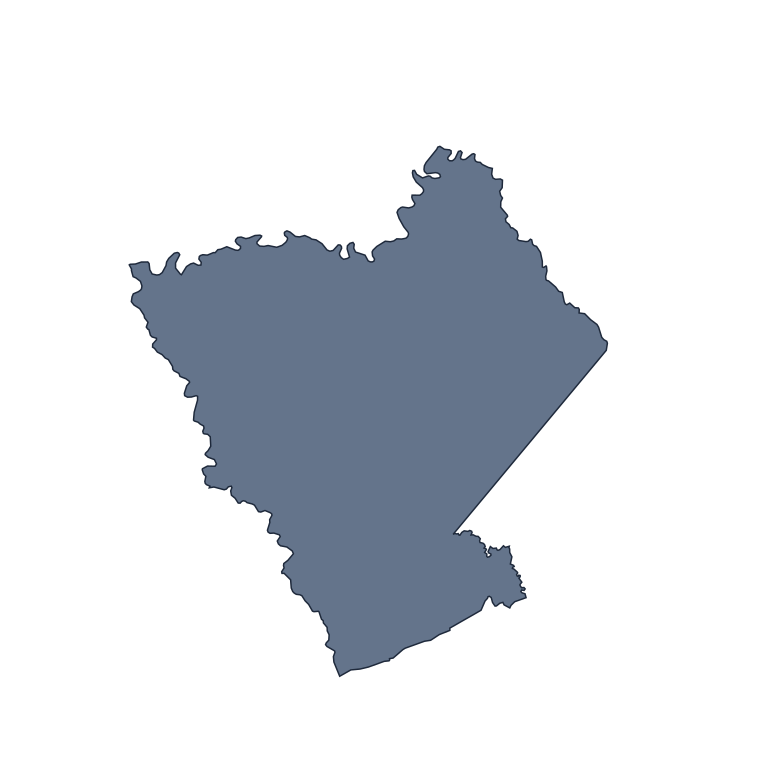 San Carlos De Guaroa, Meta, Colombia (Robinson projection), rotated 230°
{"feature_id": "7082276B46301528303112", "entity_name": "San Carlos De Guaroa", "entity_type": "district", "adm_level": 2, "iso_a3": "COL", "parent_name": "Colombia", "parent_adm1": "Meta", "projection": "robinson", "projection_center": [-73.244, 3.837], "detail": "fine", "context": "isolated", "style": "filled", "palette": "slate", "viewbox_px": 768, "rotation_deg": 230, "n_neighbors": 0, "source": "geoboundaries", "source_scale": "gbopen_adm2", "svg_char_len": 6171}
<svg xmlns="http://www.w3.org/2000/svg" viewBox="0 0 768 768"><g transform="rotate(230 384 384)"><path d="M132.7,357.2L135.3,355.5L137.0,355.4L137.7,357.0L135.8,358.6L136.3,360.4L138.1,360.4L139.6,358.4L142.2,358.7L143.0,359.3L143.6,362.2L148.3,362.5L148.9,364.5L149.8,365.2L150.9,364.3L150.4,363.0L151.5,362.6L152.8,363.1L153.4,365.0L154.2,365.2L158.6,364.6L160.2,363.8L160.9,364.7L160.5,366.4L161.7,366.7L164.9,365.1L169.4,370.9L174.1,372.0L176.8,374.2L178.4,374.6L179.2,375.7L180.8,372.0L183.3,371.5L182.6,366.4L183.3,364.4L184.3,364.0L186.1,364.6L188.0,361.7L191.1,361.0L188.7,356.0L187.4,355.6L185.1,356.6L184.1,355.9L184.0,353.6L184.8,352.0L185.9,351.9L187.7,353.5L190.3,352.8L191.3,356.0L192.3,356.2L194.0,355.2L194.5,357.1L196.5,357.8L198.4,357.5L200.8,355.7L202.4,356.4L203.6,358.3L206.7,358.2L208.4,356.5L211.1,355.4L212.4,353.6L213.6,356.0L214.9,356.5L216.7,355.5L217.1,353.6L220.0,351.0L220.3,348.2L219.4,345.0L219.9,344.4L221.7,344.7L222.3,343.4L224.0,342.1L224.4,340.3L266.9,575.9L271.6,581.3L273.5,582.1L276.6,580.9L279.8,580.8L289.6,584.9L292.7,585.4L300.5,583.6L308.9,582.9L313.0,579.1L315.6,581.5L317.3,581.8L319.8,579.2L326.6,578.3L327.2,575.0L328.7,574.3L331.1,574.9L339.5,579.4L342.8,577.4L348.0,577.8L357.2,576.3L358.9,575.2L359.9,575.2L362.6,577.1L365.9,581.5L369.4,583.9L370.3,584.0L370.6,581.3L371.8,580.5L376.3,584.2L384.2,588.4L391.4,589.3L393.6,587.9L395.5,587.7L399.5,589.8L400.8,589.2L400.6,586.2L401.8,584.3L407.3,579.5L409.3,579.1L411.6,582.2L415.5,584.0L420.8,582.9L422.2,581.6L425.7,582.4L429.9,581.7L432.5,583.2L432.9,586.4L434.0,587.0L444.4,587.0L448.5,590.6L450.3,594.3L453.5,594.6L457.3,596.5L458.4,600.7L464.0,605.8L466.3,604.9L469.1,601.0L471.7,599.9L475.5,601.3L479.5,605.6L482.7,603.2L489.0,600.4L491.9,600.2L493.9,598.2L496.0,597.4L498.5,598.2L501.3,601.2L502.7,600.8L503.5,599.3L503.7,590.9L505.1,588.7L506.9,587.6L508.3,588.1L511.1,592.6L513.4,592.5L514.3,590.5L511.1,583.5L510.9,581.1L511.2,579.6L512.9,577.7L515.3,577.4L516.5,578.6L517.4,583.6L519.5,585.3L521.3,584.7L525.0,581.1L530.1,579.6L530.9,577.5L529.9,575.3L526.6,558.6L525.2,555.2L522.7,552.6L520.8,551.6L517.5,552.0L512.9,559.2L511.2,560.7L508.7,561.5L506.5,560.5L506.5,558.8L508.7,555.1L510.9,553.3L513.5,552.9L514.9,551.7L517.1,546.0L523.6,543.8L528.0,544.7L528.9,543.3L527.5,541.5L523.9,539.5L517.9,538.5L509.7,539.7L507.4,539.2L506.0,537.9L505.4,535.2L505.6,532.8L510.6,526.9L509.2,525.4L507.0,524.4L502.4,523.7L501.3,521.5L501.6,519.2L503.0,516.1L507.6,512.0L508.3,510.4L508.4,507.0L507.1,504.3L501.1,502.0L491.7,500.2L484.6,500.0L483.2,499.3L481.9,497.4L481.5,495.1L481.9,493.9L483.7,490.7L487.0,487.1L487.3,483.4L488.9,480.3L492.6,476.7L494.0,466.9L493.6,461.7L492.8,459.8L489.5,457.6L485.8,457.1L484.6,455.2L485.0,453.6L486.2,452.1L488.5,451.0L494.9,452.3L503.4,447.0L507.5,448.1L510.2,451.0L512.4,451.2L513.7,448.3L513.4,444.8L511.2,442.6L503.4,439.2L503.7,436.7L505.5,433.2L508.3,432.5L511.1,432.8L512.9,434.0L515.2,438.8L516.8,439.8L518.8,439.7L520.0,438.3L519.0,430.9L520.5,427.9L523.3,426.5L531.3,426.7L538.1,424.6L541.5,421.7L543.7,421.2L548.7,418.7L551.0,413.8L554.0,411.0L560.7,409.7L563.7,408.1L564.2,405.9L563.8,404.7L561.7,403.5L558.4,404.1L557.2,403.5L556.3,401.9L555.7,399.9L555.7,395.1L557.7,389.7L564.6,384.2L566.5,380.6L569.6,377.4L573.1,376.9L574.4,377.9L575.5,384.7L576.0,385.4L577.7,384.7L580.7,380.6L582.6,374.5L584.2,371.6L588.4,369.0L590.3,366.1L589.9,363.2L588.9,361.9L585.8,361.5L581.7,362.6L580.1,361.2L580.0,359.2L580.2,358.1L582.0,356.3L590.2,351.8L592.1,345.7L593.7,343.1L593.1,339.1L594.3,337.8L596.3,331.5L599.5,328.3L600.4,326.0L600.4,324.5L598.7,322.5L594.7,322.2L592.8,320.2L594.4,317.9L599.0,315.9L600.3,313.1L600.9,308.2L597.9,299.1L599.0,298.6L606.7,298.8L610.7,302.1L614.3,310.6L616.3,310.9L617.6,310.2L619.0,307.4L618.6,299.9L617.2,295.9L614.8,293.1L611.9,285.7L612.1,282.3L613.5,280.0L617.3,277.1L622.0,278.0L627.3,281.5L629.3,281.5L633.4,276.5L635.7,270.7L638.9,266.5L639.0,265.4L634.4,264.5L633.2,263.4L627.5,260.8L624.6,262.2L619.2,263.4L614.7,261.6L612.8,259.4L612.4,257.9L612.6,255.2L614.2,249.9L612.7,247.0L609.5,243.4L605.3,243.2L598.7,245.3L591.0,244.4L588.6,243.1L583.0,242.9L580.4,238.5L578.0,238.3L576.7,238.8L571.5,236.4L569.1,236.6L565.3,239.1L564.1,238.1L563.3,232.5L561.0,230.4L558.8,231.1L554.1,230.9L549.1,232.9L544.5,233.1L541.3,234.5L533.4,233.3L531.1,231.7L529.1,231.6L524.0,233.7L520.9,232.6L515.2,235.7L511.1,236.6L510.2,236.1L509.4,231.7L505.2,225.1L503.2,223.8L500.2,225.0L497.8,228.1L495.8,232.6L494.4,233.3L491.5,230.8L484.4,220.5L478.8,214.9L477.6,214.9L474.3,217.0L471.4,217.4L467.9,218.8L465.9,217.8L464.3,214.8L462.4,213.9L461.4,214.2L458.8,216.6L455.3,217.0L447.7,211.3L446.0,206.3L445.7,202.7L444.8,201.6L440.9,202.2L435.1,205.5L430.4,204.3L429.6,201.7L434.6,196.0L435.8,190.5L435.1,189.6L431.0,188.0L427.8,188.2L424.5,184.1L422.8,183.2L421.0,183.3L417.6,185.0L416.8,183.4L414.4,187.5L405.7,193.6L404.8,195.7L405.3,198.7L403.9,201.3L402.4,200.9L400.6,197.8L396.8,195.6L392.2,196.5L386.5,195.8L385.2,197.2L385.5,199.5L385.0,201.2L383.2,202.5L381.2,202.8L376.7,206.0L374.4,206.9L366.9,205.8L365.1,207.3L363.6,211.5L358.4,214.2L356.6,214.5L355.4,213.7L353.6,209.2L351.3,207.5L346.9,200.7L345.0,200.0L342.9,200.7L340.6,203.8L335.7,206.9L333.8,206.4L332.3,201.3L329.4,200.3L326.6,200.7L321.6,204.8L315.1,206.4L312.2,205.5L310.7,197.0L310.9,191.9L309.5,190.3L307.3,189.2L306.0,185.0L304.5,184.1L303.1,185.8L294.0,186.6L287.3,181.8L283.7,180.7L281.6,180.8L279.3,181.6L276.6,184.1L274.6,185.0L268.6,184.2L263.6,184.6L256.0,183.2L254.6,184.0L252.1,187.6L251.3,187.8L244.0,184.9L241.8,185.3L239.9,184.0L234.1,184.0L231.3,181.8L227.2,180.8L223.3,177.1L222.8,173.4L221.9,171.7L219.6,171.6L211.3,174.6L210.0,174.0L207.7,170.0L203.2,166.9L188.6,162.2L186.3,174.8L181.0,182.5L177.2,190.1L171.4,205.9L168.7,209.9L169.0,211.0L170.1,211.7L168.2,214.8L168.4,227.7L168.0,230.4L160.9,249.7L157.7,255.0L156.5,265.3L152.9,276.1L154.7,277.5L148.3,312.9L152.8,321.9L153.3,325.5L154.2,326.9L153.7,328.2L151.6,328.9L146.8,326.7L142.5,326.3L141.7,327.5L141.6,331.8L140.3,334.7L137.6,334.0L131.6,336.4L132.8,339.0L133.2,344.2L129.0,355.5L132.7,357.2Z" fill="#64748b" stroke="#1e293b" stroke-width="1.5"/></g></svg>